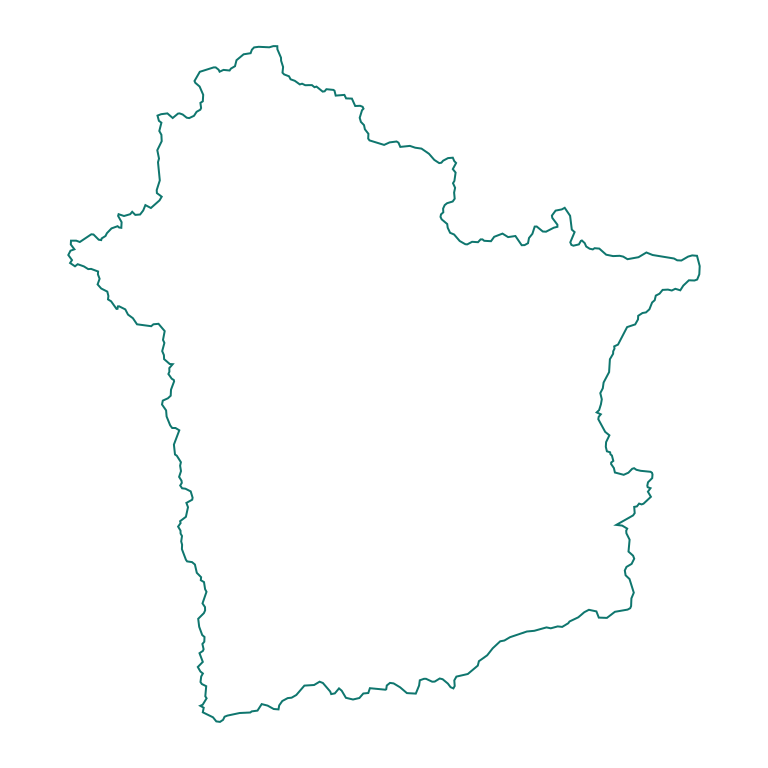 the district of Khun Yuam, Mae Hong Son, Thailand
{"feature_id": "78962969B960185402947", "entity_name": "Khun Yuam", "entity_type": "district", "adm_level": 2, "iso_a3": "THA", "parent_name": "Thailand", "parent_adm1": "Mae Hong Son", "projection": "mercator", "projection_center": [97.886, 18.842], "detail": "fine", "context": "isolated", "style": "outline", "palette": "teal", "viewbox_px": 768, "rotation_deg": 0, "n_neighbors": 0, "source": "geoboundaries", "source_scale": "gbopen_adm2", "svg_char_len": 6060}
<svg xmlns="http://www.w3.org/2000/svg" viewBox="0 0 768 768"><path d="M697.0,255.8L692.2,255.4L688.1,256.6L681.4,260.5L677.2,260.3L674.0,258.5L652.6,255.0L646.4,252.5L638.5,257.2L627.5,259.2L623.2,256.6L619.6,255.8L613.1,256.1L606.2,254.7L599.3,248.6L594.6,248.2L592.8,249.4L589.6,248.7L586.2,246.5L584.7,243.1L581.9,240.5L580.9,240.9L578.9,244.4L573.4,245.7L571.4,244.9L570.3,242.3L574.6,232.1L571.8,229.6L570.1,215.8L564.7,207.8L561.8,209.4L555.6,210.6L551.9,215.6L552.3,217.9L557.4,224.7L557.4,226.8L553.8,227.7L546.0,231.7L542.8,231.5L536.7,226.5L534.7,226.6L532.4,233.8L529.0,238.0L528.0,243.2L524.6,245.1L521.7,245.2L515.4,236.0L508.1,237.1L502.5,233.6L494.2,236.8L491.0,241.2L484.2,240.8L482.5,239.4L480.6,239.4L478.0,242.2L472.1,241.8L467.2,244.4L465.3,244.2L459.7,241.0L454.1,234.5L450.1,232.8L447.7,227.7L447.2,224.0L441.7,219.4L440.5,216.9L441.0,214.4L443.3,212.3L443.1,208.6L444.7,205.1L447.1,203.2L452.7,201.5L454.7,198.7L454.1,192.6L455.1,187.8L453.0,183.2L454.4,180.9L455.6,172.6L452.8,169.1L456.1,163.0L454.2,161.0L452.8,157.7L448.0,158.1L443.1,160.7L441.4,162.7L439.2,163.1L434.3,159.9L429.0,153.8L421.5,148.6L415.2,147.7L409.9,145.9L400.3,146.9L398.5,142.7L396.6,141.5L389.6,142.4L384.1,144.9L369.5,140.4L368.2,138.6L368.4,133.8L364.9,129.3L364.0,125.1L360.9,121.9L359.7,117.8L362.0,110.3L363.5,108.7L362.6,106.8L360.2,105.8L355.2,106.0L351.9,98.6L346.1,98.4L344.4,94.9L335.7,95.6L334.5,90.7L333.4,89.9L326.4,89.2L324.6,91.3L322.7,91.6L316.5,86.6L314.5,87.2L311.9,85.1L305.2,85.2L302.1,83.7L299.8,84.4L294.8,80.8L290.6,79.3L289.0,76.3L284.1,74.4L282.5,72.7L283.1,67.0L281.1,60.7L281.0,57.7L277.4,49.3L277.3,46.2L273.4,46.1L269.3,47.3L258.7,46.8L254.1,47.4L251.9,49.7L250.6,53.2L243.6,54.3L236.5,60.2L235.0,66.2L230.9,68.6L229.6,70.5L223.5,69.9L219.6,71.7L218.6,69.7L215.7,67.4L213.7,67.4L199.8,71.8L194.5,81.0L195.3,82.8L199.6,86.5L203.2,94.8L202.8,101.3L200.4,102.9L201.1,108.0L200.3,109.7L196.6,111.8L194.0,115.8L189.2,118.1L186.7,117.7L182.7,114.5L179.6,113.4L178.0,113.6L172.7,118.0L167.4,113.4L161.1,114.2L157.5,115.6L158.9,120.8L161.4,122.7L159.3,131.0L161.4,134.8L161.7,141.2L157.3,150.2L159.0,158.6L158.0,162.2L159.8,180.4L156.7,190.1L156.9,193.1L161.7,196.7L159.5,200.4L150.9,208.0L145.4,205.1L143.2,210.5L140.1,214.5L135.3,214.9L132.2,211.8L130.2,214.2L124.0,216.0L118.6,214.2L118.1,215.9L121.6,222.2L121.3,227.8L119.1,227.5L117.6,226.2L111.5,228.4L106.9,233.2L105.5,236.0L101.7,238.4L101.2,240.1L98.7,239.7L93.5,234.5L91.3,234.3L79.8,242.0L76.3,240.7L71.0,240.7L70.8,244.5L74.4,249.3L70.5,250.7L68.3,255.0L72.0,260.1L70.1,263.0L75.0,266.3L77.7,264.2L83.9,266.4L88.2,269.1L91.1,268.9L98.1,271.5L97.9,274.3L99.6,278.8L97.6,284.4L101.2,288.5L107.3,291.6L108.4,296.0L108.0,299.4L111.1,301.3L116.5,308.9L117.5,308.8L117.9,306.4L119.1,306.3L125.3,309.4L128.0,314.6L132.9,318.2L137.0,324.3L151.2,326.2L153.4,324.3L158.5,323.8L164.7,331.1L163.0,339.9L164.4,342.9L162.2,351.1L163.9,355.1L164.1,359.1L169.7,364.0L172.7,364.2L169.3,368.1L169.4,371.7L168.4,374.0L171.7,378.7L173.8,380.0L174.1,381.4L171.0,389.7L170.7,395.7L167.9,398.3L162.8,400.6L162.0,404.5L166.1,410.4L166.6,416.5L170.2,425.4L172.2,428.0L175.5,428.0L179.3,430.3L173.9,444.6L175.0,454.5L176.8,455.7L180.9,462.2L180.1,465.7L181.0,471.1L179.1,476.9L181.5,480.7L181.8,482.9L180.2,485.5L182.1,488.3L185.4,488.7L190.7,491.4L192.6,497.7L192.2,499.7L186.4,502.9L188.0,507.2L185.9,516.8L180.1,521.2L180.6,523.1L178.1,526.6L180.5,530.6L180.6,533.6L182.0,536.0L181.2,541.4L182.1,544.7L181.9,549.1L185.9,559.7L187.1,561.4L192.0,562.1L194.9,564.5L196.8,572.8L201.1,577.2L200.8,580.2L204.0,582.1L205.1,589.2L206.5,591.8L202.5,603.4L205.0,607.1L205.1,610.4L203.9,613.1L198.2,618.8L199.2,626.8L202.2,635.0L204.5,637.0L204.3,641.7L202.4,644.0L203.6,649.2L202.9,650.9L199.5,653.2L202.8,661.9L197.8,667.0L200.4,671.5L202.9,673.5L201.2,676.5L200.5,682.0L201.8,684.0L206.2,686.2L205.3,696.3L206.6,698.3L202.7,704.7L200.3,705.8L203.7,707.7L202.8,712.3L213.0,717.3L216.3,721.4L220.0,721.9L223.1,719.8L224.6,716.7L227.4,715.6L239.7,713.0L250.3,712.5L251.7,711.4L257.5,710.6L261.7,704.1L267.6,705.6L273.7,709.0L278.5,709.4L279.2,705.4L282.3,701.0L287.7,698.1L291.6,697.7L296.3,695.0L304.4,685.6L314.1,685.0L319.6,681.7L322.9,683.0L330.2,691.5L331.2,694.1L334.8,693.4L339.0,688.4L341.7,690.7L345.9,697.8L353.0,699.5L359.4,698.0L363.3,693.5L368.3,693.0L369.9,688.2L385.4,689.7L386.2,689.3L386.8,685.5L390.0,682.9L393.6,683.4L400.1,687.3L406.9,693.1L415.8,693.6L419.1,685.5L419.8,680.3L424.0,678.8L426.0,678.8L432.2,681.7L434.7,681.6L439.7,678.5L442.6,679.2L447.9,683.6L450.6,687.2L453.4,688.4L454.7,686.0L454.3,680.4L456.4,676.6L467.8,674.0L477.8,665.6L478.9,661.2L487.2,655.3L492.7,648.3L500.2,641.3L504.4,640.5L510.0,637.2L526.9,631.5L534.3,630.8L546.5,627.4L550.8,628.3L557.7,626.4L562.2,626.9L568.3,623.2L569.5,621.5L578.3,617.3L584.3,612.2L588.9,609.8L596.4,611.4L598.8,617.6L606.9,617.9L614.9,611.8L627.6,609.6L630.2,608.2L631.1,606.1L631.4,598.4L633.8,592.7L629.5,579.0L625.6,575.3L624.8,570.5L626.5,566.9L631.6,563.9L634.2,558.7L633.1,555.7L628.5,551.6L629.6,539.7L626.4,533.3L626.2,530.7L627.2,528.6L622.2,525.6L616.3,524.9L633.1,515.4L634.7,513.1L634.2,506.9L636.9,506.4L639.1,503.6L641.6,504.4L643.5,503.7L650.9,496.8L647.9,491.7L650.5,488.2L647.7,487.2L647.3,485.7L648.0,482.3L652.2,478.1L652.5,474.5L652.0,472.8L650.6,471.8L640.6,470.8L636.4,469.8L634.1,468.2L632.2,468.8L628.4,472.7L623.7,474.8L614.9,472.5L613.9,468.1L611.1,464.0L611.2,462.5L613.3,460.9L611.9,455.5L610.5,454.4L610.1,452.3L606.9,451.3L605.8,446.8L606.1,442.1L609.4,435.3L605.2,431.9L598.3,419.2L598.7,416.8L600.8,414.3L596.7,412.4L599.1,410.1L600.9,404.4L601.8,399.3L600.3,393.1L602.8,388.3L603.6,382.5L609.1,372.1L609.9,359.2L613.1,353.8L613.2,351.3L614.5,348.6L614.2,346.4L618.0,344.6L627.1,327.1L635.2,324.4L638.0,319.4L638.2,315.8L642.5,313.0L646.0,312.4L649.4,309.3L652.1,302.5L654.7,300.2L655.8,295.6L659.5,293.7L662.6,289.9L668.0,289.6L671.8,290.5L675.3,288.8L680.3,290.3L683.3,285.6L688.9,280.3L694.5,280.5L697.2,279.5L699.3,274.3L699.7,266.1L697.0,255.8Z" fill="none" stroke="#0f766e" stroke-width="2"/></svg>